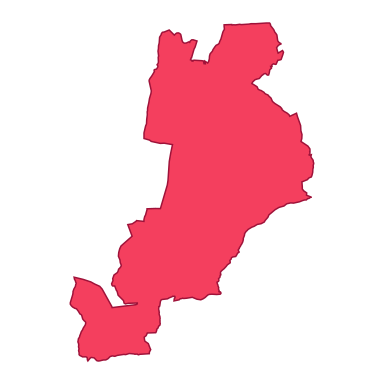 Schitu Golesti, Arges, Romania
{"feature_id": "2599482B88468084359717", "entity_name": "Schitu Golesti", "entity_type": "district", "adm_level": 2, "iso_a3": "ROU", "parent_name": "Romania", "parent_adm1": "Arges", "projection": "equal_earth", "projection_center": [25.003, 45.176], "detail": "fine", "context": "isolated", "style": "filled", "palette": "rose", "viewbox_px": 384, "rotation_deg": 0, "n_neighbors": 0, "source": "geoboundaries", "source_scale": "gbopen_adm2", "svg_char_len": 5914}
<svg xmlns="http://www.w3.org/2000/svg" viewBox="0 0 384 384"><path d="M311.8,197.1L311.5,197.2L306.5,195.2L306.7,192.9L303.8,190.9L302.3,189.0L302.3,186.7L301.9,181.9L307.5,179.6L308.4,178.4L309.4,177.7L311.3,177.0L311.9,175.6L312.7,172.4L312.9,168.8L313.3,167.7L313.2,165.3L313.7,163.8L313.7,163.0L313.3,161.9L313.2,160.6L312.7,159.5L311.7,158.3L310.9,156.6L311.3,154.7L309.8,155.2L309.2,155.1L309.1,154.8L309.9,153.5L310.0,153.1L309.8,152.5L310.0,152.0L309.7,151.5L310.0,151.1L309.9,148.9L307.9,146.1L301.0,141.5L301.8,138.6L302.0,134.6L300.9,130.8L300.6,125.5L297.5,116.8L296.5,113.2L289.8,116.3L289.0,114.7L287.1,113.1L284.1,111.4L282.0,109.6L281.9,108.7L280.3,106.9L275.0,103.6L273.3,102.2L272.4,101.3L271.1,98.3L270.5,97.5L269.5,96.8L267.9,94.9L265.6,94.0L264.6,93.2L264.1,92.4L261.1,90.5L260.0,90.2L258.2,89.3L257.1,86.8L253.2,84.3L251.9,83.6L252.5,82.2L254.9,79.8L256.5,79.2L259.3,78.5L261.9,75.4L262.7,75.0L263.3,74.3L264.4,73.7L265.4,73.5L266.2,74.0L266.8,74.7L267.6,75.1L268.6,75.0L269.2,73.2L269.8,69.7L271.4,68.3L270.7,66.5L272.0,66.5L271.7,65.2L273.4,63.8L275.4,64.4L276.1,64.2L277.9,60.2L278.7,60.2L280.8,59.7L281.2,59.3L282.8,54.7L283.5,52.2L282.5,50.5L278.1,53.1L277.4,50.9L276.6,47.7L278.4,45.3L281.0,43.9L280.7,43.4L279.6,42.9L278.8,42.2L277.7,40.8L276.9,35.0L275.8,33.3L274.9,32.3L273.7,29.6L270.6,25.6L270.4,24.2L269.6,23.0L266.6,23.0L255.5,23.7L251.0,23.7L249.0,24.1L241.3,24.6L239.7,24.3L235.5,24.9L233.5,24.8L232.0,25.0L231.8,24.5L224.1,24.8L224.1,26.2L224.4,29.3L223.3,31.1L222.8,32.3L220.9,39.1L219.7,41.5L219.2,43.3L218.3,44.2L216.1,45.3L214.9,46.8L213.0,49.6L212.4,51.2L210.2,53.7L209.5,56.0L209.3,58.9L208.6,61.6L207.7,63.0L205.0,61.2L205.3,63.8L204.0,63.7L203.5,61.0L201.9,60.7L193.9,60.2L193.1,60.5L192.9,61.2L191.8,60.9L191.8,60.3L190.5,59.8L191.1,58.0L191.5,57.9L194.0,49.2L195.1,47.1L197.0,41.0L193.2,39.8L191.8,39.8L190.3,41.0L189.7,42.3L189.2,41.9L188.7,41.9L186.3,43.0L184.6,43.2L183.8,42.9L182.6,41.9L182.0,40.2L181.0,35.5L180.7,34.4L180.1,33.8L179.4,33.3L178.4,32.9L176.8,33.0L175.6,33.8L174.3,35.1L169.2,30.0L164.2,32.0L162.4,32.3L161.4,33.6L161.2,34.6L159.6,37.2L159.2,43.0L158.5,45.8L158.4,48.7L158.0,51.1L158.6,56.0L158.2,57.3L158.4,61.9L158.2,63.0L157.8,63.9L157.1,64.5L157.1,64.9L157.8,65.7L157.9,66.8L157.4,67.7L156.5,69.1L154.8,69.5L154.2,69.9L154.1,70.9L154.4,71.6L151.7,76.1L150.0,78.4L149.2,80.0L149.1,81.0L151.3,90.9L151.0,93.3L149.5,98.4L148.8,102.7L147.6,108.0L147.5,111.0L147.2,111.7L147.3,114.8L146.7,119.5L146.5,123.9L145.6,126.0L144.0,132.9L144.0,138.5L149.6,140.1L151.2,141.4L160.3,143.4L164.2,143.2L172.5,144.6L170.7,153.2L169.3,161.3L168.0,180.4L167.3,185.0L160.4,208.6L155.3,208.5L147.0,208.8L147.0,209.7L145.5,215.1L144.7,216.5L144.0,219.3L143.9,221.4L136.5,220.6L136.2,221.2L132.3,223.8L127.8,224.6L132.1,236.2L121.0,246.0L119.7,248.8L118.7,252.6L118.4,256.2L119.9,259.8L120.3,262.8L121.3,265.2L120.9,266.6L120.0,267.8L118.6,269.2L118.0,271.4L117.3,272.6L114.0,275.0L112.7,278.7L113.0,280.5L111.6,283.8L112.1,285.4L112.7,286.0L114.7,286.0L116.4,290.4L117.1,291.3L118.1,295.2L123.5,300.6L124.1,303.1L125.4,303.9L128.2,303.3L137.3,303.0L137.3,303.9L135.9,304.7L112.1,307.6L111.8,306.5L102.1,289.0L99.7,286.3L94.8,284.1L90.8,281.9L83.2,279.4L74.1,277.2L74.5,279.3L75.4,280.8L75.6,282.0L76.0,282.6L76.2,283.5L75.7,284.6L75.4,286.4L73.9,289.0L73.0,291.6L73.0,293.0L72.7,294.7L70.3,302.7L70.3,304.2L71.3,305.7L72.6,307.0L74.8,308.3L76.5,308.8L78.4,311.3L79.9,313.9L81.0,314.5L81.5,315.0L81.9,316.0L82.7,319.0L84.0,320.6L85.4,321.8L85.6,322.3L85.7,323.1L85.4,324.6L85.0,325.4L83.3,328.0L82.5,329.9L81.3,331.7L80.5,334.0L79.8,335.7L79.5,337.0L79.3,337.5L78.5,338.5L78.4,338.9L77.9,341.9L78.6,343.8L78.7,345.2L78.5,346.9L79.0,348.7L78.6,350.6L79.1,352.7L79.1,354.7L79.9,355.5L82.7,356.9L85.8,356.8L86.9,357.3L87.2,357.7L87.4,359.9L87.9,360.9L90.2,358.1L91.1,357.5L91.8,357.5L94.2,357.9L96.5,360.4L97.1,360.8L98.6,361.0L100.0,360.8L103.2,360.0L105.8,359.9L106.4,359.6L107.9,358.8L110.1,356.6L112.2,355.9L114.9,356.3L117.3,355.4L123.8,354.4L125.7,354.6L129.2,353.5L133.8,353.9L134.7,354.2L137.2,354.1L137.9,354.6L138.7,354.8L139.8,354.3L149.3,353.7L149.4,352.1L150.7,349.6L150.1,348.3L148.3,343.6L144.9,341.2L144.5,339.6L144.2,337.2L146.1,335.7L146.7,334.5L147.3,333.0L155.7,332.7L156.2,331.9L156.7,330.3L156.6,329.9L156.8,329.3L157.1,328.8L157.4,328.7L157.8,328.3L158.7,326.1L159.8,325.3L160.2,323.9L160.2,323.3L159.9,321.9L160.1,321.1L159.9,319.7L160.1,318.6L159.9,316.6L159.3,314.8L159.1,313.7L159.3,312.1L159.1,311.9L159.0,310.6L158.7,309.7L158.7,308.2L158.8,307.5L158.8,306.6L159.5,306.5L159.8,305.5L160.4,301.5L161.0,300.1L161.9,299.5L167.6,298.8L169.3,297.8L172.1,296.7L172.5,296.3L174.7,296.3L175.0,296.9L175.0,297.8L174.5,298.1L174.2,299.2L174.0,300.9L179.2,299.8L180.3,298.7L181.8,298.6L182.6,298.2L183.8,298.5L186.7,298.2L192.3,297.3L196.9,299.2L200.8,299.8L203.1,298.8L205.1,297.5L207.8,295.0L209.2,294.4L211.9,294.2L216.8,294.5L220.2,294.2L220.9,293.5L220.8,292.4L220.3,291.9L219.8,291.7L219.3,292.0L218.9,291.7L219.1,290.5L218.5,289.1L218.7,287.6L218.0,285.9L217.9,285.0L217.4,284.0L217.0,282.2L218.4,281.4L218.7,281.0L218.9,280.3L218.6,278.6L219.8,277.5L220.1,276.2L220.1,275.2L220.8,274.9L220.8,274.0L220.4,273.3L220.6,272.0L221.0,271.4L222.2,270.2L224.1,268.7L226.2,266.4L227.4,264.8L230.2,262.8L230.2,261.8L229.9,260.8L229.9,260.4L231.1,259.1L231.5,257.7L232.6,257.0L235.7,256.5L236.4,255.5L237.6,253.2L239.1,252.2L239.1,251.9L238.3,250.3L238.3,249.7L239.3,248.5L239.3,247.9L240.5,246.1L240.8,245.3L241.5,244.4L242.7,242.0L243.3,239.7L243.3,238.3L244.3,235.8L244.6,234.6L244.5,233.9L246.1,231.4L247.2,230.5L248.0,229.5L251.8,227.2L254.2,226.3L257.3,224.4L261.1,223.7L264.3,222.0L265.2,220.4L267.9,217.3L268.9,214.9L275.1,209.7L279.0,207.4L284.0,206.0L286.7,203.8L290.7,202.9L293.6,203.1L299.5,201.8L302.5,200.6L304.5,200.0L306.4,199.9L307.6,198.6L308.8,198.5L310.6,197.3L311.8,197.1Z" fill="#f43f5e" stroke="#9f1239" stroke-width="1.5"/></svg>